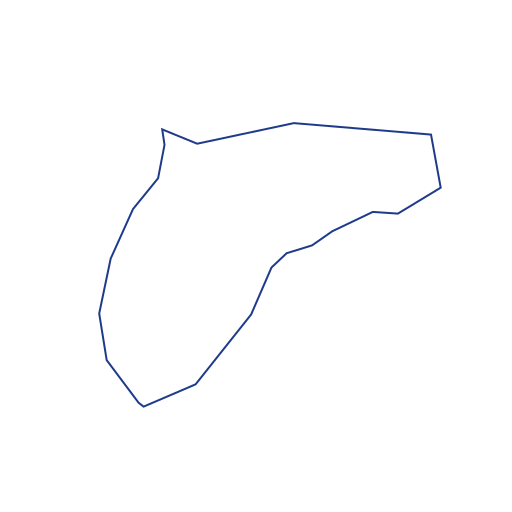 Kungota, Equal Earth projection, rotated 295°
{"feature_id": "SVN-959", "entity_name": "Kungota", "entity_type": "Municipality", "adm_level": 1, "iso_a3": "SVN", "parent_name": "Slovenia", "parent_adm1": "", "projection": "equal_earth", "projection_center": [15.594, 46.636], "detail": "fine", "context": "isolated", "style": "outline", "palette": "blue", "viewbox_px": 512, "rotation_deg": 295, "n_neighbors": 0, "source": "natural_earth", "source_scale": "10m", "svg_char_len": 427}
<svg xmlns="http://www.w3.org/2000/svg" viewBox="0 0 512 512"><g transform="rotate(295 256 256)"><path d="M285.1,134.4L318.1,126.1L331.1,117.5L332.9,155.2L392.4,234.1L440.0,363.3L396.0,394.5L354.4,366.7L345.3,343.2L310.7,314.7L289.3,302.3L271.5,282.6L252.1,274.9L200.9,276.3L114.2,255.5L72.0,217.8L73.4,211.6L98.5,164.7L137.6,138.2L192.2,125.4L246.6,124.7L285.1,134.4Z" fill="none" stroke="#1e3a8a" stroke-width="2"/></g></svg>